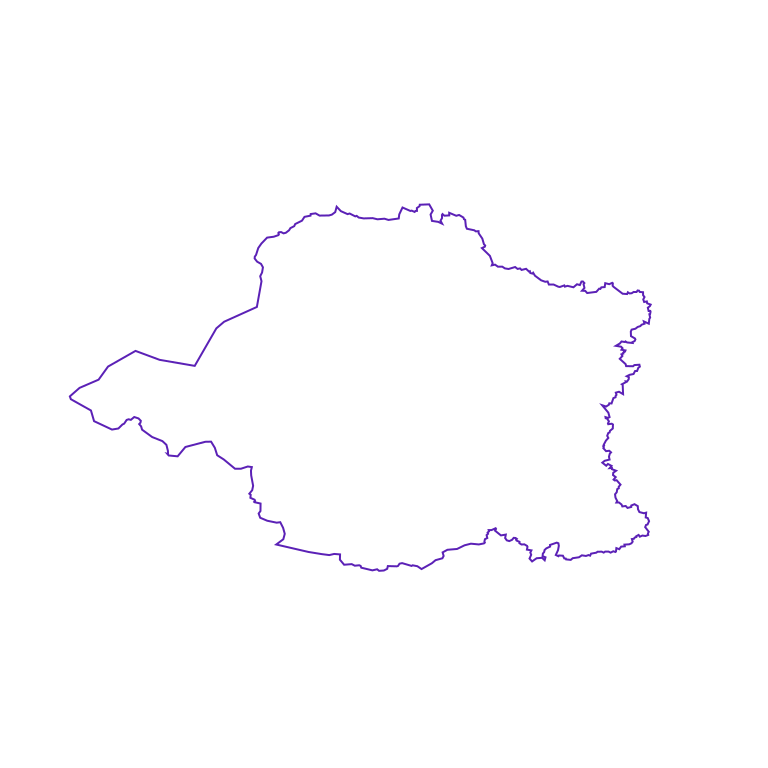 Killaloe Lea-5, Clare, Ireland (Natural Earth projection), rotated 197°
{"feature_id": "5873133B2483267720769", "entity_name": "Killaloe Lea-5", "entity_type": "district", "adm_level": 2, "iso_a3": "IRL", "parent_name": "Ireland", "parent_adm1": "Clare", "projection": "natural_earth1", "projection_center": [-8.743, 52.879], "detail": "fine", "context": "isolated", "style": "outline", "palette": "violet", "viewbox_px": 768, "rotation_deg": 197, "n_neighbors": 0, "source": "geoboundaries", "source_scale": "gbopen_adm2", "svg_char_len": 6147}
<svg xmlns="http://www.w3.org/2000/svg" viewBox="0 0 768 768"><g transform="rotate(197 384 384)"><path d="M650.4,263.7L630.8,260.9L625.0,263.8L622.3,268.8L620.9,270.1L619.6,274.4L617.9,275.6L615.6,275.7L613.2,279.4L608.7,279.3L605.8,277.7L605.6,275.8L606.4,274.1L603.9,272.5L602.0,269.6L590.2,265.5L579.2,264.6L574.3,262.2L571.1,256.9L570.0,253.8L570.7,253.8L569.0,252.7L560.2,254.5L555.5,265.7L538.0,276.5L532.5,278.3L527.1,273.5L522.7,267.1L515.2,265.0L501.7,259.4L496.1,261.1L490.1,265.3L486.1,265.9L485.9,262.3L484.3,257.8L479.4,248.4L479.0,243.9L480.7,239.7L479.1,239.1L478.5,236.1L473.9,235.5L473.1,234.5L473.7,233.3L473.3,233.1L467.1,233.6L465.0,226.4L466.0,223.5L463.3,219.9L455.7,219.1L446.1,220.0L442.8,221.5L438.4,216.9L435.1,211.7L434.9,206.1L440.1,199.0L407.1,201.3L393.9,203.1L386.3,204.4L382.0,206.9L376.2,208.2L374.8,203.1L369.3,199.5L362.2,202.3L358.8,201.7L354.7,203.4L353.2,203.2L352.0,201.7L340.6,202.4L336.4,204.8L334.1,203.9L329.6,205.6L326.9,208.2L327.1,211.0L318.4,213.4L317.4,214.1L316.6,216.7L314.3,218.0L304.4,218.1L303.6,219.0L298.8,219.5L294.0,218.0L285.8,226.6L283.2,230.6L277.2,234.4L276.7,237.0L278.7,240.1L274.9,244.0L265.9,247.6L259.8,253.3L254.2,256.7L246.4,258.3L241.8,260.8L241.2,261.8L241.9,262.6L242.1,265.1L240.2,266.9L241.7,269.5L240.7,271.2L241.5,272.2L240.5,273.8L241.2,274.9L238.4,275.8L235.1,278.7L234.5,278.2L234.9,276.2L227.9,273.4L223.5,275.6L223.1,272.1L220.9,270.4L218.3,270.4L216.0,272.4L215.0,274.8L213.2,275.2L211.7,274.7L212.2,273.7L211.4,273.0L208.3,272.7L208.0,271.4L205.6,270.7L202.9,271.7L199.9,271.0L199.2,270.3L198.9,267.4L194.4,268.0L194.8,265.6L193.3,263.7L193.8,259.6L190.5,257.6L187.1,262.0L182.0,264.0L178.8,262.4L178.9,265.5L182.0,265.7L182.5,268.3L181.7,270.1L181.9,272.2L180.7,274.3L177.6,277.1L178.2,278.6L172.4,282.8L170.7,282.7L169.5,280.4L169.0,276.0L169.7,270.7L166.8,270.3L166.5,271.2L162.7,272.1L160.6,269.9L159.1,270.2L158.6,269.5L154.0,270.4L152.6,272.6L146.9,275.3L144.7,278.0L140.6,278.6L138.4,280.2L136.7,280.1L136.4,282.3L131.6,284.8L130.8,286.0L126.8,287.3L124.6,287.0L123.5,288.4L120.3,289.4L118.0,289.0L115.8,291.1L113.6,291.0L113.2,291.6L113.8,295.0L110.7,294.8L109.7,297.8L106.3,299.2L107.1,300.7L102.6,302.4L100.8,304.0L100.1,305.9L101.6,308.2L99.8,309.0L99.4,310.4L98.0,311.4L98.3,312.1L96.4,314.1L94.7,312.8L92.6,314.6L89.5,315.1L87.2,316.9L87.9,318.2L87.6,320.1L92.4,323.5L92.2,325.8L90.9,326.7L90.4,330.3L92.6,332.9L94.7,332.9L95.7,337.6L97.6,336.4L102.3,336.2L104.5,338.5L105.6,341.4L109.3,342.3L112.0,340.1L111.6,338.7L114.9,336.7L117.2,338.0L120.3,336.6L121.6,338.2L124.7,339.4L127.1,338.6L126.8,340.3L129.4,343.0L130.8,346.1L129.8,348.5L130.2,351.7L129.0,352.9L129.5,354.3L128.4,356.9L133.4,360.0L135.1,359.2L136.5,359.7L135.2,362.7L138.4,363.9L138.8,366.2L136.7,368.9L141.1,369.2L141.5,370.3L143.6,369.5L142.4,372.2L146.5,373.0L147.6,370.8L152.2,372.6L150.5,375.1L146.2,377.7L147.6,380.2L147.7,383.3L146.9,385.0L149.1,386.0L152.0,384.7L155.5,386.8L155.3,388.0L156.2,388.7L155.6,389.7L156.1,390.2L155.2,394.8L153.7,398.0L155.4,399.7L155.2,402.7L154.1,403.6L154.2,405.3L152.2,408.3L153.2,412.2L154.6,412.6L157.8,411.1L158.3,411.7L158.0,414.1L160.7,416.2L162.0,416.1L162.5,417.1L159.8,417.1L158.6,418.3L161.1,422.2L169.2,427.5L165.0,427.4L162.9,429.9L162.9,431.4L160.7,431.9L160.5,437.6L158.7,439.0L159.0,440.5L158.5,441.6L159.8,443.5L157.0,445.3L152.4,444.2L155.5,453.0L156.4,453.3L153.1,456.6L153.6,457.2L152.3,457.4L151.4,460.2L151.8,462.1L154.1,462.4L151.8,464.6L148.3,466.5L147.7,469.8L145.8,470.4L145.5,473.9L144.4,475.4L145.4,477.1L150.1,475.3L151.0,473.8L157.7,471.9L158.7,473.6L165.9,477.0L164.2,480.5L165.6,481.8L164.1,483.0L164.5,483.5L163.6,484.8L164.0,485.3L163.0,485.6L162.9,486.7L166.9,486.2L166.4,488.0L168.2,489.0L173.4,488.3L170.3,491.7L169.3,494.1L165.8,494.6L165.5,495.3L163.7,494.8L158.3,495.9L158.8,496.5L156.9,498.3L156.6,500.1L157.3,500.9L161.8,502.0L163.3,506.3L163.1,508.4L159.7,510.4L158.1,512.7L155.8,514.3L155.0,516.0L152.5,517.8L153.8,519.8L148.4,519.1L149.3,523.9L148.9,525.3L150.6,528.3L150.0,528.6L150.2,531.0L150.7,531.7L152.3,531.2L154.0,534.1L152.5,536.2L152.2,537.9L155.9,538.1L156.8,539.8L159.2,538.5L160.8,540.7L160.3,543.3L162.2,544.7L163.1,547.5L166.4,546.8L167.4,547.8L168.8,547.6L169.4,545.8L172.2,545.0L173.7,543.2L175.7,542.4L177.6,543.0L177.8,541.1L182.2,540.1L193.0,544.1L194.1,544.8L194.6,547.2L195.3,547.5L197.8,545.3L201.9,545.1L201.3,541.2L204.4,540.0L204.9,538.2L206.1,538.1L207.9,534.2L216.3,530.4L218.8,531.9L221.9,531.1L220.4,534.5L222.4,537.9L221.9,539.1L223.8,540.2L225.1,539.7L225.6,535.9L228.6,535.8L231.1,531.9L237.2,531.5L239.5,530.0L240.4,531.0L244.2,528.2L245.8,528.0L250.8,528.7L255.4,527.3L257.5,529.9L259.7,528.9L264.1,529.1L271.3,531.7L273.9,534.0L274.3,533.0L276.5,532.9L277.5,534.5L278.2,533.9L281.8,535.7L285.8,533.3L287.7,534.3L289.9,533.1L292.8,534.2L298.5,530.4L302.2,529.9L305.2,530.8L309.3,529.5L312.7,530.6L315.6,529.0L315.4,531.3L320.2,537.5L330.1,542.6L327.7,544.8L327.7,546.0L329.3,546.9L332.5,551.8L337.5,555.8L338.3,557.8L340.8,556.8L342.6,557.4L350.1,556.7L351.8,558.7L354.4,564.8L355.7,565.0L356.7,566.4L361.6,567.6L364.1,566.0L371.7,566.8L370.9,564.3L375.5,562.6L377.7,563.6L378.0,562.6L377.0,559.6L377.7,556.7L375.3,554.3L379.6,554.9L385.8,554.0L389.0,559.7L388.0,564.0L393.3,569.0L402.2,565.9L402.0,564.4L404.0,561.9L403.1,559.2L404.5,558.7L405.0,557.5L408.2,557.9L409.4,557.2L417.9,558.2L419.0,550.7L418.3,546.6L427.7,542.2L431.9,542.2L438.4,539.6L443.3,539.3L451.9,536.4L456.9,535.8L459.3,536.8L460.5,535.9L466.7,537.0L468.5,535.8L475.8,536.7L481.1,539.7L480.9,534.1L483.4,530.7L485.9,529.1L494.9,526.2L499.3,527.2L503.8,525.1L503.5,523.5L508.9,520.6L510.2,516.2L515.7,511.0L516.0,508.7L519.1,505.7L519.7,503.3L522.1,499.9L524.1,498.7L526.8,499.2L528.8,498.4L529.2,497.5L528.3,496.4L528.5,495.5L532.5,492.6L538.6,489.8L542.3,482.5L544.0,477.3L544.1,470.0L544.8,468.0L544.4,466.2L541.1,463.9L536.7,462.9L533.9,460.2L533.2,455.0L533.9,450.9L531.2,446.5L528.1,420.5L555.1,396.8L560.6,388.2L570.3,346.0L605.6,341.5L631.3,343.0L653.0,320.0L658.2,304.7L674.0,291.3L680.8,280.3L679.0,277.9L656.5,273.0L650.4,263.7Z" fill="none" stroke="#5b21b6" stroke-width="2"/></g></svg>